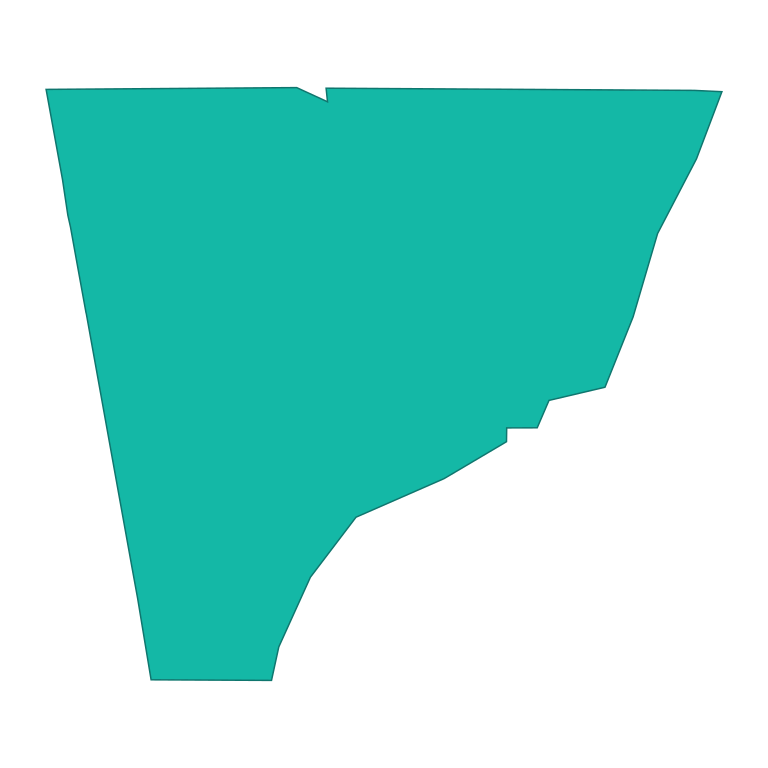 the district of Chattooga, Georgia, United States of America
{"feature_id": "52423323B38567466550561", "entity_name": "Chattooga", "entity_type": "district", "adm_level": 2, "iso_a3": "USA", "parent_name": "United States of America", "parent_adm1": "Georgia", "projection": "mercator", "projection_center": [-85.362, 34.438], "detail": "fine", "context": "isolated", "style": "filled", "palette": "teal", "viewbox_px": 768, "rotation_deg": 0, "n_neighbors": 0, "source": "geoboundaries", "source_scale": "gbopen_adm2", "svg_char_len": 501}
<svg xmlns="http://www.w3.org/2000/svg" viewBox="0 0 768 768"><path d="M67.9,215.5L70.5,227.1L76.5,260.4L86.0,312.6L86.3,313.7L114.8,472.1L131.8,566.4L137.6,598.2L151.1,679.8L271.5,680.4L278.8,646.9L310.4,577.2L356.0,517.2L444.1,478.6L506.5,441.7L506.7,427.9L537.2,427.8L549.0,400.4L605.0,387.2L633.1,316.9L657.6,233.5L696.5,158.8L721.9,91.7L694.2,90.4L375.5,88.5L326.1,88.2L327.5,101.8L296.7,87.6L46.1,89.4L62.5,179.5L67.6,213.6L67.9,215.5Z" fill="#14b8a6" stroke="#0f766e" stroke-width="1.5"/></svg>